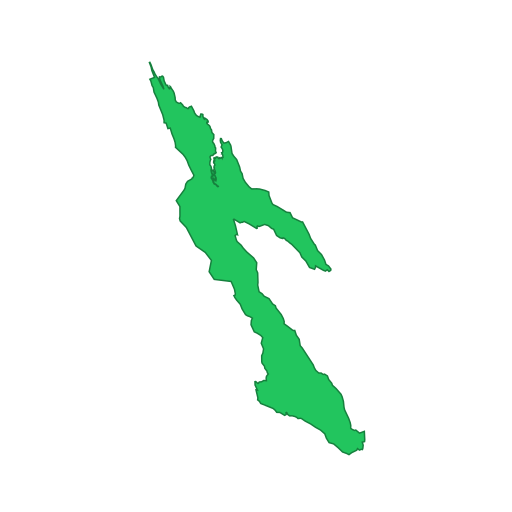 outline of Førde nor, Sogn og Fjordane, Norway, rotated 64°
{"feature_id": "86288312B49751827405886", "entity_name": "Førde nor", "entity_type": "district", "adm_level": 2, "iso_a3": "NOR", "parent_name": "Norway", "parent_adm1": "Sogn og Fjordane", "projection": "robinson", "projection_center": [5.859, 61.462], "detail": "fine", "context": "isolated", "style": "filled", "palette": "green", "viewbox_px": 512, "rotation_deg": 64, "n_neighbors": 0, "source": "geoboundaries", "source_scale": "gbopen_adm2", "svg_char_len": 6082}
<svg xmlns="http://www.w3.org/2000/svg" viewBox="0 0 512 512"><g transform="rotate(64 256 256)"><path d="M134.9,236.4L136.4,237.4L138.3,238.0L141.2,237.8L142.8,239.6L144.8,239.3L146.5,239.5L147.9,240.3L148.2,240.9L148.1,241.5L148.9,241.4L149.2,241.9L149.4,241.6L150.6,241.6L153.0,242.5L153.0,242.9L152.7,243.3L153.0,243.5L152.6,243.5L152.3,244.0L152.7,244.2L152.5,244.8L152.6,245.0L151.8,245.6L152.3,246.2L152.3,246.6L151.8,246.9L150.4,247.0L150.5,247.4L149.8,247.9L149.5,248.4L150.5,249.7L149.3,250.5L149.4,250.8L150.3,251.2L152.2,251.3L151.9,252.0L152.8,252.3L152.7,252.6L153.2,252.7L153.4,253.1L154.3,253.1L154.7,252.8L156.2,253.1L156.6,253.5L156.7,254.1L157.4,254.6L158.5,254.7L158.4,255.1L160.0,255.5L160.7,255.3L163.1,255.7L163.9,256.3L163.8,257.3L164.6,257.7L165.7,257.5L166.2,257.7L168.1,257.6L169.5,258.1L170.6,259.0L170.1,259.1L170.7,259.1L170.2,259.1L170.4,259.4L169.3,260.2L168.3,260.3L166.7,260.3L168.3,260.2L168.7,259.9L168.0,260.0L169.8,259.4L170.1,258.8L166.2,257.7L165.1,258.2L162.9,257.2L162.7,256.9L161.8,256.8L161.6,257.0L160.3,256.9L160.3,257.2L159.9,257.0L159.4,258.1L159.9,258.5L161.4,259.2L164.5,259.2L165.2,259.6L165.6,260.3L166.4,260.3L165.6,260.4L165.9,261.6L166.4,261.9L170.6,261.4L170.8,261.5L169.8,261.7L171.9,261.9L174.4,260.4L176.4,259.8L176.6,259.4L177.0,259.4L177.0,259.9L176.1,260.2L176.5,260.3L174.4,260.7L172.8,261.9L173.6,261.8L172.4,262.1L168.1,261.8L166.2,262.1L164.9,261.1L165.2,260.8L164.3,259.6L162.3,259.6L159.6,259.0L158.4,258.3L157.9,257.6L155.6,257.2L153.7,257.5L151.4,256.3L149.8,254.9L149.4,254.3L147.2,254.1L146.4,253.6L146.0,252.5L146.7,250.7L145.9,249.4L146.1,249.2L145.7,247.8L146.0,247.6L145.7,246.5L143.9,246.4L141.2,244.9L140.5,245.2L138.9,244.7L136.8,244.6L135.8,244.7L135.1,245.1L134.0,244.8L132.7,243.9L131.9,242.5L128.4,240.7L125.7,241.5L123.1,240.7L121.6,241.0L119.5,240.6L118.2,240.8L116.2,241.8L114.9,242.0L114.6,241.8L114.9,241.5L113.6,240.6L114.3,240.1L113.7,239.9L111.9,240.2L110.0,241.3L110.1,241.7L109.6,241.9L110.4,242.3L109.6,242.7L106.8,242.5L106.4,242.2L106.3,241.9L106.6,241.8L105.4,241.8L104.9,242.2L104.2,243.3L105.7,244.8L106.4,244.9L106.7,245.6L104.7,247.3L103.3,248.0L100.6,248.5L98.1,248.2L93.1,248.4L92.9,250.5L93.1,251.3L93.8,252.0L93.7,252.6L91.7,254.0L91.3,254.7L89.5,255.6L88.0,255.7L85.2,256.6L85.3,257.5L85.0,258.4L82.7,260.1L80.4,260.2L78.0,259.2L73.7,258.2L71.7,258.1L66.9,258.8L66.8,258.6L65.9,258.9L67.4,259.7L67.7,260.0L67.7,260.6L65.5,260.9L63.8,260.6L63.6,261.0L64.0,261.1L62.8,261.9L58.4,261.8L54.8,260.8L53.4,261.1L53.1,261.6L53.3,262.8L53.1,263.8L52.7,264.2L53.7,264.7L56.5,265.1L62.6,265.2L65.8,265.7L59.8,266.3L53.1,266.2L51.9,266.6L48.2,267.0L45.8,266.9L43.2,267.1L37.9,266.5L35.4,266.5L35.4,267.0L40.0,267.4L43.7,268.3L51.0,268.9L50.6,273.9L52.6,273.8L57.3,274.7L59.6,274.5L64.0,275.8L70.9,275.9L74.9,276.3L77.7,277.2L88.1,277.9L93.7,279.1L95.9,280.2L97.2,278.5L102.9,279.3L103.4,277.0L109.6,278.0L114.6,278.3L118.5,278.9L121.9,280.0L123.0,280.7L132.7,277.0L136.4,276.3L140.2,276.1L144.8,276.6L150.2,276.6L156.2,276.4L158.0,278.3L157.9,279.1L158.6,279.9L158.9,284.8L160.6,287.6L164.0,290.1L165.3,291.9L171.3,303.4L178.2,302.7L186.9,306.9L188.8,308.3L191.3,308.8L199.9,306.1L220.7,305.5L230.6,300.0L240.4,298.0L249.6,305.0L258.7,303.8L268.0,289.5L276.3,289.9L280.8,291.1L282.0,291.9L281.9,293.2L284.1,293.2L287.3,292.7L292.5,291.3L297.5,291.7L304.1,291.1L306.0,289.9L308.0,287.9L310.3,286.5L312.0,288.5L315.6,290.6L323.4,290.8L325.7,288.9L329.5,286.5L332.3,285.7L336.7,289.5L342.8,289.9L346.3,292.4L348.1,294.6L353.6,297.2L355.0,297.5L358.7,296.7L360.9,297.3L364.2,296.6L365.9,297.0L367.4,296.7L368.7,299.3L370.2,300.4L372.6,301.3L371.3,303.6L371.5,306.1L370.7,308.3L371.5,309.8L371.4,310.2L368.7,311.3L368.5,312.0L371.6,313.4L377.3,313.5L376.4,314.7L384.4,316.5L386.0,317.6L388.2,316.6L390.6,316.4L400.6,307.4L403.0,306.4L405.6,305.9L407.1,303.1L411.8,300.1L411.7,298.5L411.3,298.0L410.1,297.9L410.0,297.2L410.8,296.9L412.0,297.1L414.4,295.9L415.5,293.5L417.5,291.2L419.1,290.0L420.5,289.5L421.4,287.0L422.3,286.2L425.9,284.2L430.9,280.5L436.0,277.6L440.7,274.3L445.3,272.4L445.9,272.1L450.6,272.6L455.8,272.1L458.9,268.6L464.3,266.2L470.1,264.1L473.3,261.0L475.3,259.5L474.7,256.2L474.7,250.6L473.6,249.2L475.8,248.1L475.9,246.0L476.6,245.2L475.7,244.3L473.0,242.6L469.9,242.1L470.4,239.8L468.8,238.8L461.1,235.5L460.6,240.6L456.2,242.6L455.9,244.1L453.5,245.9L452.3,246.4L449.8,245.1L447.1,244.4L442.5,243.9L433.1,243.8L430.5,243.2L425.1,241.2L420.4,240.3L417.5,240.2L410.1,242.2L405.7,244.0L403.6,243.7L398.9,244.8L395.1,244.4L392.5,246.0L392.1,246.4L392.0,247.4L391.6,247.8L389.8,248.7L388.7,250.9L385.1,252.4L382.0,252.6L379.0,252.3L358.9,254.8L356.0,255.6L349.8,253.7L344.9,254.5L339.9,253.8L339.4,255.0L338.8,255.6L332.9,258.5L329.2,260.5L327.3,259.4L324.2,258.9L319.7,259.0L311.6,260.8L309.2,260.4L306.4,262.1L300.0,263.0L295.8,266.3L292.5,267.1L289.5,268.9L282.8,267.2L280.8,265.9L271.9,261.9L268.4,261.8L262.4,258.3L256.7,259.0L248.2,262.6L243.0,264.1L239.8,264.6L234.7,266.7L232.7,266.6L228.4,265.8L228.1,263.7L228.7,263.3L219.8,261.2L213.3,260.2L213.3,259.6L219.2,255.8L219.4,253.9L219.8,253.4L219.7,251.5L220.0,251.3L224.1,248.1L231.5,243.4L231.5,242.7L229.9,242.2L229.6,241.5L230.7,240.5L230.9,239.8L231.4,234.4L234.2,231.5L238.0,229.9L239.7,228.4L246.6,228.5L250.2,226.4L252.0,224.3L251.6,223.8L251.8,223.3L253.3,222.4L255.4,221.9L256.1,221.1L259.7,219.6L261.0,218.8L272.3,215.1L277.0,215.3L282.4,213.4L289.8,212.9L293.6,209.2L292.4,207.6L291.0,206.8L298.4,201.7L300.0,200.2L299.6,198.0L301.9,197.2L301.7,195.2L300.6,194.4L296.7,195.2L294.2,196.8L289.6,196.2L283.4,196.5L278.1,198.3L272.1,197.9L271.2,198.4L264.1,199.2L259.7,198.8L245.8,199.2L245.4,200.2L237.7,206.4L231.9,206.4L230.0,209.4L220.9,215.2L217.2,218.2L215.6,218.5L207.4,217.8L204.1,216.5L201.1,219.1L197.4,223.4L196.0,225.8L193.8,230.5L190.8,231.9L185.0,233.3L180.6,233.6L175.9,232.4L172.9,232.7L168.8,231.7L160.8,231.1L156.7,232.2L153.3,232.6L146.4,230.4L145.0,230.2L141.0,230.5L141.1,233.2L140.4,235.4L137.4,235.9L135.3,235.7L134.9,236.4Z" fill="#22c55e" stroke="#15803d" stroke-width="1.5"/></g></svg>